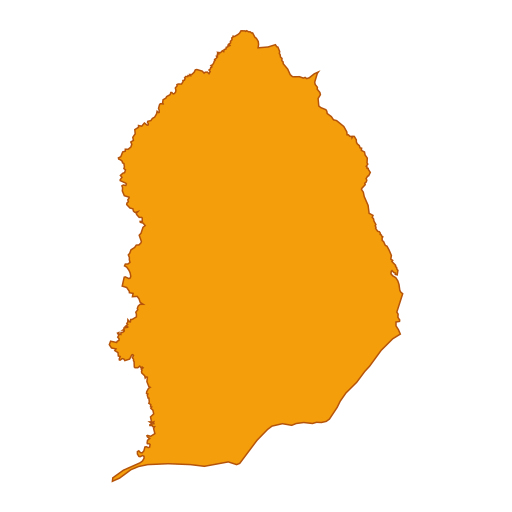 Xuyen Moc, Bà Rịa - Vũng Tàu, Vietnam
{"feature_id": "81297802B24499966976565", "entity_name": "Xuyen Moc", "entity_type": "district", "adm_level": 2, "iso_a3": "VNM", "parent_name": "Vietnam", "parent_adm1": "Bà Rịa - Vũng Tàu", "projection": "albers", "projection_center": [107.437, 10.63], "detail": "fine", "context": "isolated", "style": "filled", "palette": "amber", "viewbox_px": 512, "rotation_deg": 0, "n_neighbors": 0, "source": "geoboundaries", "source_scale": "gbopen_adm2", "svg_char_len": 6013}
<svg xmlns="http://www.w3.org/2000/svg" viewBox="0 0 512 512"><path d="M122.3,190.9L124.3,195.7L129.1,197.2L129.1,198.0L127.8,199.8L128.4,201.7L126.9,203.1L126.7,204.6L129.9,208.0L132.9,208.8L133.4,211.0L134.5,212.1L135.5,212.4L137.9,211.6L136.2,213.5L136.8,214.7L139.2,217.4L141.6,217.4L142.2,218.0L142.3,221.3L140.1,221.4L140.3,222.3L143.1,223.1L145.2,225.6L143.0,227.3L141.0,233.3L139.2,235.2L141.4,241.6L141.0,242.8L139.0,244.9L136.3,245.1L134.6,247.5L131.0,249.8L129.7,253.3L128.3,254.9L129.4,257.5L129.3,259.7L130.0,262.4L127.9,264.0L125.3,264.1L124.5,265.9L126.7,267.1L128.9,270.2L130.1,272.8L130.8,276.3L130.1,278.1L128.9,278.6L125.3,276.9L124.2,277.2L122.2,286.1L126.7,287.5L129.3,291.3L129.4,292.7L133.1,293.4L132.4,296.7L137.2,296.4L139.0,298.8L140.2,302.3L143.2,304.3L140.1,304.3L138.2,306.1L137.3,308.4L137.8,309.7L135.8,312.2L136.4,314.1L136.4,316.9L132.2,319.4L130.7,319.5L130.4,321.9L129.5,321.8L127.9,319.8L127.8,322.1L126.8,323.4L127.7,324.4L125.5,326.3L127.7,326.7L127.7,327.3L124.0,327.9L123.8,329.5L122.8,330.1L124.3,330.2L124.2,331.2L122.6,332.4L121.0,332.4L120.9,334.5L118.8,334.0L118.9,332.5L117.5,333.1L118.8,335.2L117.7,337.2L119.1,338.8L118.9,340.3L117.1,341.4L116.6,342.5L110.6,341.2L109.3,344.7L111.5,348.0L116.0,348.9L114.8,350.6L118.0,352.6L118.3,356.0L120.2,356.5L119.2,359.0L119.4,360.0L120.2,360.1L122.2,358.6L124.0,359.1L124.8,360.6L129.6,359.1L131.8,354.9L132.7,354.6L133.5,355.4L132.4,357.8L133.5,359.1L133.5,360.8L134.1,361.6L134.3,367.0L135.0,367.7L137.8,367.7L139.8,366.1L141.3,368.2L142.1,367.0L143.1,367.8L141.3,369.2L142.0,370.2L141.5,371.2L141.7,372.9L144.7,375.8L145.2,378.0L146.1,376.9L147.4,377.2L146.9,381.6L148.8,386.5L150.2,387.3L148.5,388.4L146.7,391.7L146.5,393.5L147.9,394.0L147.3,395.3L148.1,398.1L148.9,398.1L149.3,402.1L148.8,403.3L150.8,404.6L150.5,406.7L151.7,407.0L150.9,408.4L152.9,410.2L153.7,413.9L150.5,416.9L151.5,421.8L149.6,421.9L150.9,422.8L153.8,421.8L153.4,422.9L153.9,423.7L150.9,424.2L149.9,424.7L149.9,425.5L152.2,425.6L153.0,426.8L154.6,426.7L153.6,428.5L154.9,433.6L150.7,436.3L147.6,435.4L146.9,435.8L147.5,437.0L149.7,438.5L147.5,440.3L147.1,443.0L147.4,443.7L149.3,443.8L150.1,444.5L149.6,447.2L148.2,447.6L146.3,446.7L144.9,447.0L143.9,450.9L142.1,452.9L140.4,452.6L138.8,450.8L137.4,451.6L137.4,454.0L138.9,456.4L140.2,456.7L142.4,455.5L144.0,456.3L144.1,458.2L142.4,461.1L140.1,462.8L123.4,470.2L112.8,477.8L112.4,481.3L119.6,478.1L130.9,469.7L138.6,466.5L147.8,464.6L168.3,463.7L190.5,464.6L204.4,466.3L228.3,461.9L236.6,464.6L239.7,463.4L257.0,440.3L267.6,429.4L272.0,426.1L282.4,423.7L291.7,425.3L296.2,423.5L303.7,422.5L312.5,423.5L316.5,422.3L321.4,422.5L326.2,421.4L329.4,419.1L337.1,407.5L340.2,401.2L345.9,393.0L356.6,382.4L364.8,371.4L369.5,366.3L381.2,350.3L392.7,338.8L400.3,334.1L398.5,329.8L396.0,325.9L396.0,322.0L399.5,321.4L399.7,320.0L397.9,317.3L398.1,314.1L396.8,312.1L402.7,293.7L400.8,292.2L399.8,290.3L399.0,284.5L397.8,280.9L395.8,277.7L392.8,275.9L391.0,273.9L391.2,271.4L392.0,270.6L393.9,272.5L395.4,273.1L395.3,274.4L397.2,274.9L397.9,270.3L397.0,269.5L396.6,267.4L395.6,266.7L395.6,265.3L391.9,261.5L392.7,260.4L390.8,259.1L391.4,255.5L389.0,249.9L387.0,246.2L385.3,245.4L383.6,241.6L382.2,240.5L382.1,237.9L382.8,236.9L381.9,236.4L381.4,235.0L380.2,234.4L380.4,233.3L379.3,231.7L377.7,231.3L375.6,228.3L376.0,227.3L375.2,225.8L375.9,224.6L374.0,221.2L373.5,218.7L372.2,217.4L373.0,215.4L369.1,213.3L368.1,205.4L364.2,196.5L363.3,192.2L361.5,189.5L361.7,188.5L365.2,184.7L364.7,183.3L366.2,182.0L366.8,180.2L366.1,178.6L367.7,176.1L368.6,175.9L370.3,172.4L368.3,169.4L368.2,168.4L366.9,168.1L367.0,166.9L366.2,166.3L367.8,164.1L367.0,162.8L367.3,158.1L365.1,155.0L364.5,152.0L361.4,150.4L361.6,148.2L360.1,147.9L359.3,145.6L357.2,143.8L356.4,142.0L356.3,139.8L354.3,136.4L352.8,136.3L352.0,137.8L351.7,136.4L349.8,136.3L348.4,134.8L347.1,134.8L346.8,131.9L343.8,126.5L336.6,120.6L333.5,119.8L331.4,116.7L327.2,113.5L326.8,111.2L325.9,109.7L320.8,107.6L318.8,106.0L318.1,98.5L320.4,94.7L319.9,92.5L317.2,89.2L317.4,87.3L315.2,84.5L314.7,82.2L317.3,73.4L318.3,72.0L314.3,73.8L309.2,77.8L306.7,78.6L305.1,77.4L303.4,78.1L299.5,76.7L293.0,76.8L292.0,76.3L290.2,74.6L287.7,69.1L283.2,63.7L283.1,61.9L281.8,60.6L282.0,58.4L280.5,57.1L280.1,54.5L279.3,53.5L279.7,51.6L277.9,47.1L276.7,46.7L275.4,44.7L268.0,47.0L258.1,47.8L258.6,44.4L258.2,41.4L256.3,38.2L255.0,37.4L252.6,32.9L251.7,33.0L250.1,31.8L248.5,31.8L246.7,30.7L245.7,31.4L245.1,30.9L241.0,30.8L239.6,33.1L238.2,34.3L234.5,36.5L233.1,36.1L232.8,37.3L231.8,37.9L232.0,39.7L230.4,41.3L230.6,42.9L228.9,44.0L230.0,45.5L229.0,45.9L228.1,45.2L227.7,46.9L226.2,47.3L226.1,48.9L224.1,49.6L223.7,51.6L222.4,50.7L220.5,52.7L217.8,52.4L218.6,53.6L217.6,53.5L217.8,54.8L217.1,55.1L217.4,56.6L216.6,56.5L217.0,57.2L216.2,58.4L214.6,59.4L215.1,60.4L214.2,61.2L213.9,62.6L212.6,64.7L211.0,65.5L211.8,66.1L211.7,67.2L210.7,67.4L210.4,69.0L209.0,70.0L210.2,71.5L209.0,73.7L207.4,72.1L205.2,72.2L204.1,73.1L202.2,71.1L196.8,69.5L195.3,69.9L194.2,72.2L191.7,74.6L189.9,74.5L190.5,75.7L188.0,75.5L187.7,76.6L185.7,76.5L184.6,77.8L185.1,78.6L184.4,80.2L182.9,80.5L183.1,81.5L181.5,84.1L178.2,84.0L176.9,84.6L177.1,85.9L175.3,88.0L175.9,90.1L175.6,92.0L174.3,93.6L173.2,93.9L171.8,92.5L170.8,92.5L170.2,94.6L166.6,96.6L165.9,98.1L163.1,99.7L162.6,102.6L163.1,103.9L160.4,103.7L159.6,104.5L158.5,108.4L159.2,110.2L159.2,112.4L158.3,112.6L157.1,111.3L156.5,114.0L154.6,117.2L152.4,118.4L150.9,120.6L147.8,121.3L147.5,122.3L148.3,123.6L148.2,124.9L147.2,125.2L144.4,123.0L141.7,126.2L138.5,125.5L138.5,127.3L134.8,129.6L135.2,133.8L132.8,137.3L133.4,140.4L130.8,142.0L131.8,144.2L130.9,147.0L128.1,149.3L125.3,149.2L125.3,151.2L122.7,151.9L120.8,156.7L118.4,157.9L118.7,159.1L120.6,159.9L122.3,161.4L122.5,162.8L123.9,163.6L124.4,166.8L123.9,168.6L125.5,169.8L124.6,172.7L123.0,173.1L120.4,175.4L122.0,177.3L120.2,179.7L120.2,180.6L125.7,183.1L126.4,183.9L125.8,185.5L123.3,185.0L121.9,185.9L122.6,187.7L122.3,190.9Z" fill="#f59e0b" stroke="#b45309" stroke-width="1.5"/></svg>